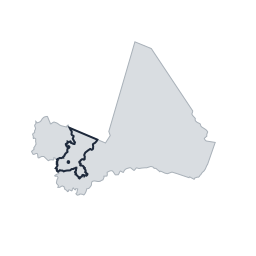 Mali, with Koulikoro highlighted, rotated 23°
{"feature_id": "MLI-4860", "entity_name": "Koulikoro", "entity_type": "Region", "adm_level": 1, "iso_a3": "MLI", "parent_name": "Mali", "parent_adm1": "", "projection": "orthographic", "projection_center": [-7.926, 13.476], "detail": "fine", "context": "in_parent", "style": "outline", "palette": "slate", "viewbox_px": 256, "rotation_deg": 23, "n_neighbors": 0, "source": "natural_earth", "source_scale": "10m", "svg_char_len": 7601}
<svg xmlns="http://www.w3.org/2000/svg" viewBox="0 0 256 256"><g transform="rotate(23 128 128)"><path d="M49.7,184.8L49.8,184.0L49.1,183.4L49.0,183.1L49.5,180.7L49.4,180.1L49.7,178.8L49.3,178.3L49.2,177.9L48.1,176.3L47.7,174.9L47.2,174.0L45.8,173.8L45.4,174.5L45.0,174.6L44.6,174.1L44.4,173.6L44.4,173.2L42.7,171.1L42.8,169.9L43.5,169.3L43.8,168.4L43.1,167.3L43.2,166.2L43.2,164.7L42.2,163.4L41.5,162.8L41.0,161.8L41.5,159.8L40.5,157.9L42.4,158.7L43.3,158.0L44.2,157.1L44.9,156.0L45.3,154.5L45.4,153.2L46.2,151.2L47.1,150.2L49.0,148.9L49.5,149.0L52.5,152.0L54.2,153.6L54.8,154.4L55.4,154.4L56.3,152.9L57.2,151.7L57.6,151.4L60.6,151.2L62.2,151.5L63.6,151.9L65.7,152.0L71.0,151.1L71.0,150.5L71.0,149.8L71.2,149.3L71.6,148.8L72.0,148.7L72.2,150.4L72.6,150.6L73.8,150.7L113.1,150.6L114.6,141.9L111.7,138.7L100.7,46.0L118.5,45.8L121.6,47.9L180.9,87.0L181.2,88.3L181.3,90.1L181.7,90.6L182.6,91.2L186.0,92.8L186.3,93.1L186.4,93.8L186.9,94.7L187.6,95.2L188.4,95.5L189.5,95.8L192.5,95.9L193.1,96.3L194.5,97.9L195.2,98.2L199.3,98.9L200.6,99.2L202.1,99.9L202.9,100.5L203.0,103.1L203.7,104.7L203.7,105.1L203.1,105.8L203.0,106.3L202.3,107.6L202.5,108.1L204.0,109.1L204.7,109.3L205.5,109.3L213.9,107.2L215.5,130.9L215.2,131.3L215.2,135.5L214.7,138.0L213.7,139.9L213.2,142.7L212.8,143.2L212.6,144.8L212.0,145.8L210.9,146.2L209.0,148.0L208.9,149.4L204.2,148.9L203.9,148.9L203.7,149.1L203.6,149.9L191.6,150.8L185.7,151.4L182.1,154.7L179.7,155.1L176.6,155.0L175.1,155.0L174.5,155.2L174.4,155.8L169.5,154.3L167.7,154.9L167.4,154.7L167.2,154.4L166.3,154.2L164.9,154.3L163.9,154.6L160.9,157.2L159.3,157.9L156.3,159.5L154.1,160.9L153.4,161.1L152.2,161.2L151.2,161.5L150.4,164.4L149.8,164.7L146.0,163.6L145.3,163.8L144.7,164.2L142.6,165.9L141.6,167.3L141.1,169.2L141.2,170.4L140.9,170.7L140.0,170.8L138.2,170.5L137.7,170.7L137.5,171.6L137.5,173.5L137.2,174.9L136.2,175.3L135.4,175.8L134.8,176.0L134.3,175.9L131.2,173.9L130.2,173.6L129.1,173.9L128.0,174.7L126.1,176.9L126.4,177.6L126.9,178.4L127.3,179.5L127.3,180.5L124.6,181.8L125.2,182.8L125.2,185.5L123.9,186.8L123.5,187.6L122.3,188.5L121.2,189.0L117.9,189.8L116.5,190.6L115.9,191.3L115.8,192.1L115.9,192.9L116.6,194.7L116.4,196.3L115.9,198.2L115.3,199.1L113.8,200.1L114.0,201.3L114.2,203.1L114.0,205.4L113.5,206.9L113.1,206.8L111.6,206.9L110.0,207.4L109.4,207.7L109.3,208.3L107.9,209.5L107.0,209.5L106.1,209.1L105.7,208.8L105.7,208.6L106.2,207.6L106.2,207.3L105.7,205.5L105.8,205.1L105.5,203.7L105.4,203.7L103.6,204.3L103.5,204.5L103.8,205.4L103.6,205.5L103.0,205.5L102.1,205.2L101.1,204.5L100.9,204.7L100.8,205.3L100.7,206.1L101.0,207.4L100.7,207.9L99.2,207.8L97.9,208.0L97.6,208.4L97.5,209.0L97.8,209.5L97.7,209.8L97.2,210.2L96.9,210.1L96.2,209.5L93.4,208.9L93.2,208.0L92.8,208.0L91.9,206.9L91.5,206.9L91.2,207.1L90.1,207.0L89.2,208.0L88.5,209.1L87.7,209.7L86.5,210.0L86.7,209.2L86.4,208.2L83.9,206.9L83.5,206.4L82.9,203.5L82.9,202.6L83.1,201.8L83.0,201.2L82.8,200.8L82.0,200.3L81.3,200.1L80.3,200.7L79.8,200.8L79.4,200.8L79.2,200.6L79.2,200.3L80.3,198.7L80.8,198.0L81.8,197.3L82.1,196.9L82.1,196.6L82.0,196.4L81.3,196.1L80.2,195.4L79.7,195.3L79.2,194.9L78.7,193.8L78.5,193.6L78.0,193.5L77.5,193.2L77.5,190.4L76.5,188.3L75.6,185.7L75.1,185.1L74.3,184.5L73.3,184.2L72.3,184.1L71.3,184.4L71.3,184.6L71.9,185.5L72.0,185.9L71.9,186.4L71.7,186.7L70.3,187.0L68.4,187.9L67.8,189.0L67.4,189.2L66.7,189.0L61.7,187.1L59.7,187.9L58.3,189.5L58.0,190.1L57.3,190.5L57.0,190.5L56.6,190.2L55.2,187.7L54.6,187.1L53.8,187.1L53.2,187.5L52.5,188.3L51.6,189.1L51.0,189.3L50.5,189.1L48.5,187.4L48.4,187.1L49.4,185.1L49.7,184.8Z" fill="#d9dde1" stroke="#a8b0b8" stroke-width="1"/><path d="M75.9,187.5L75.8,187.3L75.7,187.2L75.6,186.9L75.6,186.6L75.7,186.4L75.9,186.2L76.0,185.9L76.0,185.7L75.8,185.4L75.7,185.2L75.3,185.0L75.5,184.8L75.1,184.6L75.6,183.7L76.0,183.4L76.4,183.0L76.8,182.3L77.2,182.1L77.7,182.0L78.2,181.9L78.6,181.6L78.9,181.2L79.0,181.1L80.0,180.6L79.8,180.3L79.7,180.2L79.6,179.7L80.2,178.7L80.3,178.4L80.3,178.1L80.2,177.5L80.2,177.4L80.2,177.2L80.3,177.1L80.4,176.3L80.4,176.0L80.5,175.9L80.7,175.7L80.8,175.4L80.8,175.2L81.0,174.5L81.1,174.4L81.3,174.2L81.6,174.0L81.6,173.7L81.5,173.3L81.4,173.1L81.1,172.8L81.0,172.5L80.9,172.4L80.7,172.2L80.5,170.9L80.5,170.6L80.9,170.2L81.0,170.0L81.2,169.7L81.3,169.6L81.4,169.4L81.5,169.3L81.5,169.1L81.6,168.7L81.4,168.2L81.2,168.0L80.9,167.9L80.6,167.9L80.3,167.9L80.3,168.0L80.2,168.3L80.1,168.7L80.0,168.8L80.0,169.1L79.8,169.1L78.8,169.0L78.6,168.8L78.3,168.3L78.2,168.4L78.0,168.2L77.9,168.0L77.7,168.0L77.3,167.7L77.2,167.4L77.3,167.4L77.4,167.1L77.5,167.0L77.6,166.9L77.6,166.7L77.6,166.3L77.6,166.2L77.9,166.1L78.1,166.1L78.3,165.8L78.3,165.6L78.2,165.3L77.7,164.1L78.7,164.1L79.0,164.0L79.4,163.8L79.8,163.3L80.1,162.8L80.3,162.8L80.5,162.9L80.8,163.1L81.1,163.7L81.4,164.0L81.7,164.0L82.2,163.9L82.9,163.8L83.5,164.0L84.0,163.9L84.7,163.8L85.0,163.6L85.0,163.4L84.7,162.5L84.8,162.3L84.8,161.9L84.7,161.8L83.9,161.6L83.2,160.9L82.6,160.4L81.5,159.6L81.2,159.2L81.3,158.6L81.3,157.6L81.2,156.9L81.0,156.6L80.3,156.5L79.2,156.4L78.5,155.9L78.0,154.6L77.9,153.8L77.8,153.5L77.3,153.0L75.8,152.1L75.5,151.8L75.0,151.4L74.4,150.9L74.2,150.7L75.5,150.7L76.7,150.7L77.4,150.7L78.2,150.7L79.1,150.7L80.0,150.7L81.4,150.7L82.9,150.7L84.6,150.7L86.3,150.7L88.0,150.7L89.8,150.7L91.6,150.7L93.5,150.7L95.3,150.7L97.1,150.7L98.9,150.7L100.6,150.7L102.3,150.7L104.0,150.7L104.4,150.7L104.3,152.0L103.6,154.3L103.2,154.9L102.2,156.2L102.1,156.8L102.7,157.9L103.2,158.6L103.6,160.0L103.9,160.6L103.8,161.3L103.6,161.7L103.3,162.1L103.0,162.3L101.7,162.0L101.3,162.1L101.1,162.6L100.3,163.7L99.9,164.4L98.3,167.3L98.2,169.4L98.3,170.1L99.0,170.8L99.6,171.5L99.7,172.6L99.8,172.9L100.2,173.2L100.3,173.4L100.0,174.2L99.7,174.4L98.7,174.4L98.1,174.6L97.6,175.1L97.4,175.7L97.0,176.4L97.0,176.8L96.9,177.5L96.5,177.9L96.4,178.3L96.5,178.4L97.1,179.1L97.7,179.2L98.3,179.2L98.5,179.5L98.5,180.1L98.4,180.8L98.6,181.0L98.9,181.1L99.3,180.8L100.6,180.6L101.3,180.5L101.8,180.7L102.6,181.0L102.8,181.8L103.0,182.0L103.5,181.8L103.9,181.7L104.1,182.2L104.3,182.9L104.8,183.1L105.3,183.3L105.7,183.9L105.7,184.4L105.8,184.8L105.8,185.1L106.2,185.0L106.8,185.4L107.0,185.9L107.4,186.1L108.4,186.0L108.7,186.2L108.8,187.1L108.4,188.1L108.0,188.1L107.2,188.3L106.9,188.3L106.6,188.5L106.6,189.0L106.5,189.4L106.0,188.9L105.4,188.7L104.9,188.7L104.4,189.2L104.4,189.7L104.5,190.6L103.9,191.2L103.7,191.7L103.5,192.4L103.3,192.8L103.1,193.4L102.8,193.4L102.3,193.2L102.4,192.5L102.2,192.3L101.2,192.3L99.8,191.7L99.0,191.5L98.7,191.1L98.4,191.0L97.9,191.1L97.9,190.0L97.7,189.8L97.1,189.9L96.8,189.8L96.4,189.4L96.4,188.8L96.8,188.0L96.8,187.6L96.3,186.3L96.2,185.1L96.0,184.7L95.4,185.0L95.0,185.7L94.5,186.0L94.2,186.2L94.0,186.7L93.8,187.0L93.4,187.2L92.4,187.8L92.1,187.9L91.8,188.5L91.4,189.5L91.0,189.8L90.3,190.1L89.2,190.6L87.9,191.3L87.1,191.9L86.8,192.0L86.1,192.8L85.7,193.1L84.7,192.8L84.2,192.8L82.8,193.4L82.1,193.4L81.7,193.5L81.1,194.9L80.7,195.5L80.5,195.4L80.5,195.2L80.2,195.4L79.9,195.4L79.3,195.2L79.2,195.0L79.0,194.8L79.0,194.6L78.9,194.4L78.7,193.6L78.5,193.4L78.4,193.5L78.2,193.6L77.8,193.5L77.6,193.4L77.4,193.3L77.2,193.3L77.8,190.5L77.8,190.4L77.7,190.3L77.6,190.2L77.6,189.8L77.6,189.6L77.5,189.4L77.3,189.2L77.1,189.2L76.9,189.2L76.6,189.2L76.4,189.0L76.4,188.8L76.4,188.6L76.6,188.2L76.6,187.9L76.5,187.7L76.4,187.5L76.2,187.4L76.0,187.5L75.9,187.5ZM86.7,183.5L87.0,183.4L87.2,183.2L87.2,182.9L87.2,182.5L87.1,182.2L86.9,182.0L86.7,181.8L86.4,181.7L86.1,181.8L85.9,181.9L85.7,182.1L85.7,182.4L85.7,182.9L85.8,183.1L86.0,183.2L86.1,183.4L86.3,183.4L86.7,183.5Z" fill="none" stroke="#1e293b" stroke-width="2"/></g></svg>